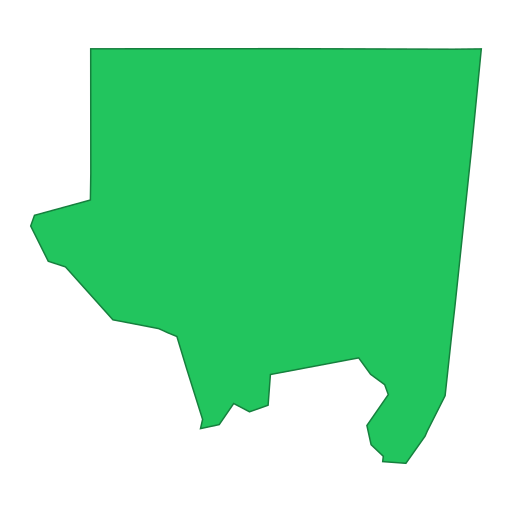 outline of Chesapeake, Virginia, United States of America, rotated 180°
{"feature_id": "52423323B47128133018764", "entity_name": "Chesapeake", "entity_type": "district", "adm_level": 2, "iso_a3": "USA", "parent_name": "United States of America", "parent_adm1": "Virginia", "projection": "natural_earth1", "projection_center": [-76.309, 36.708], "detail": "fine", "context": "isolated", "style": "filled", "palette": "green", "viewbox_px": 512, "rotation_deg": 180, "n_neighbors": 0, "source": "geoboundaries", "source_scale": "gbopen_adm2", "svg_char_len": 655}
<svg xmlns="http://www.w3.org/2000/svg" viewBox="0 0 512 512"><g transform="rotate(180 256 256)"><path d="M30.7,463.1L58.5,462.8L152.2,463.1L219.3,463.3L421.3,463.2L421.2,338.4L421.6,312.0L477.5,296.7L481.3,286.0L463.7,250.7L446.5,245.1L444.8,243.2L399.1,192.2L353.3,183.4L344.1,179.2L335.1,175.5L325.4,143.5L309.4,92.6L311.5,83.4L292.8,87.4L278.3,108.5L262.5,100.2L243.9,106.8L241.6,137.5L165.8,151.8L153.3,154.1L141.4,137.7L127.3,127.3L123.7,117.4L145.1,86.5L140.9,67.3L128.7,55.7L129.3,50.4L106.1,48.7L86.9,75.9L84.6,81.2L68.3,113.5L66.9,116.3L60.6,174.6L57.0,206.4L40.7,360.9L30.7,463.1Z" fill="#22c55e" stroke="#15803d" stroke-width="1.5"/></g></svg>